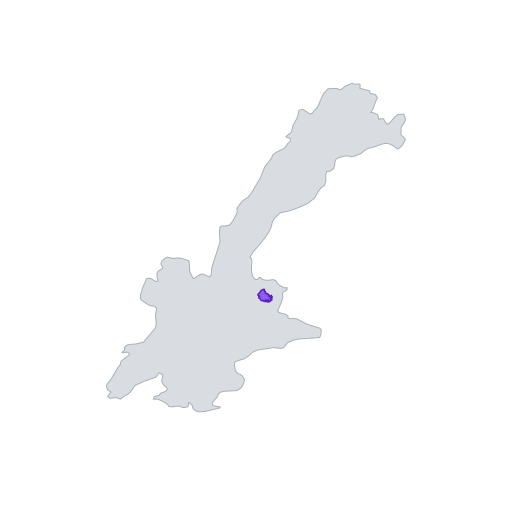 location of Thoulakhom, Vientiane, Laos, rotated 247°
{"feature_id": "54806243B19850954629179", "entity_name": "Thoulakhom", "entity_type": "district", "adm_level": 2, "iso_a3": "LAO", "parent_name": "Laos", "parent_adm1": "Vientiane", "projection": "equal_earth", "projection_center": [102.616, 18.346], "detail": "fine", "context": "in_parent", "style": "filled", "palette": "violet", "viewbox_px": 512, "rotation_deg": 247, "n_neighbors": 0, "source": "geoboundaries", "source_scale": "gbopen_adm2", "svg_char_len": 6497}
<svg xmlns="http://www.w3.org/2000/svg" viewBox="0 0 512 512"><g transform="rotate(247 256 256)"><path d="M196.9,69.7L198.8,73.9L207.3,85.2L208.8,88.3L211.9,90.7L214.5,100.7L215.6,101.3L217.0,100.6L218.1,99.2L219.0,95.3L219.6,94.9L220.5,98.1L222.9,99.1L224.0,100.5L224.3,102.9L223.9,105.4L221.9,111.2L220.7,118.8L229.1,135.4L232.6,137.7L241.0,140.4L246.6,144.0L249.2,143.1L251.7,139.0L254.8,136.7L260.4,133.2L262.0,133.0L265.1,134.4L270.2,138.5L277.9,146.3L277.7,148.3L276.3,150.3L272.2,153.4L270.9,155.4L271.7,156.1L275.1,156.6L279.2,158.3L280.4,160.4L281.1,165.0L281.8,165.8L285.6,165.3L286.8,166.0L288.1,167.4L289.5,171.3L289.5,174.1L285.8,179.2L285.3,182.2L283.4,185.8L278.3,191.9L276.9,192.2L267.4,188.9L259.9,189.4L259.3,190.6L260.5,194.3L260.9,197.9L259.8,200.7L255.4,204.3L255.3,205.8L256.2,207.5L262.5,210.7L282.7,228.2L291.9,231.5L296.0,233.7L297.0,235.0L297.0,236.5L295.9,238.5L295.1,241.9L295.0,243.9L296.0,245.9L297.6,248.9L303.3,255.6L307.5,257.2L311.9,264.8L313.2,271.5L315.4,275.8L325.9,290.2L334.8,299.1L340.1,308.7L342.6,310.9L343.4,314.3L344.2,324.5L347.3,329.5L347.9,331.6L349.2,333.1L350.7,333.4L353.8,330.1L354.4,330.5L355.8,335.9L357.1,337.8L361.8,341.1L366.8,347.6L369.4,349.9L372.8,351.8L373.3,353.8L372.7,355.9L371.6,357.2L365.9,361.0L365.2,362.6L369.0,370.8L378.7,381.1L381.7,387.2L381.1,390.2L378.5,396.1L376.5,397.7L376.0,399.6L377.5,404.5L377.4,412.0L375.6,413.8L373.9,418.4L372.8,418.8L369.8,417.1L363.7,425.0L361.1,424.6L358.0,429.0L354.1,429.6L351.3,426.3L345.4,421.0L343.3,417.7L341.5,420.6L338.4,423.3L334.1,422.3L332.9,426.3L332.1,427.0L326.8,427.7L325.8,428.3L326.7,432.0L329.8,438.1L330.8,441.6L328.9,447.4L323.4,447.2L321.0,444.9L317.9,440.0L310.9,436.8L306.2,439.0L304.8,438.9L301.3,434.8L299.9,432.1L299.1,428.2L304.5,425.0L307.1,422.5L308.9,419.9L309.6,417.2L310.4,405.8L311.2,401.8L310.7,396.8L309.3,393.0L309.3,387.1L310.0,382.5L312.0,380.1L313.4,376.7L314.2,369.1L313.6,367.2L311.6,365.3L308.2,363.6L306.1,361.3L305.2,358.7L305.3,356.3L306.3,354.3L303.7,352.0L297.6,349.5L294.2,346.5L293.5,343.0L291.0,338.4L286.6,332.8L284.2,324.6L284.0,314.0L284.4,305.4L286.3,295.4L283.7,288.1L280.9,284.3L277.0,281.5L273.3,277.5L269.8,272.3L265.6,264.6L260.6,254.4L257.3,249.8L255.6,250.9L252.1,249.9L246.7,247.0L242.0,245.4L237.9,245.1L235.3,245.8L234.1,247.4L234.0,248.9L235.0,250.4L234.5,251.6L232.4,252.5L230.7,254.1L228.8,257.9L227.5,262.8L225.5,264.7L222.4,265.1L219.4,266.5L216.4,268.9L215.0,270.7L215.1,271.9L214.5,272.2L213.0,271.5L212.3,269.9L212.4,267.3L210.9,265.6L207.8,264.7L204.2,262.0L197.4,254.9L195.9,254.6L193.7,256.5L190.8,260.4L188.4,262.0L186.5,261.2L185.0,262.6L184.0,266.2L182.1,269.0L173.0,276.6L164.7,286.5L162.7,287.3L157.7,284.6L156.1,282.7L163.0,262.6L164.0,257.7L163.8,251.2L161.0,245.9L160.9,244.3L161.3,242.7L164.8,236.4L168.9,220.4L168.7,215.5L166.9,210.0L166.0,204.8L166.8,197.8L166.5,195.0L164.6,193.6L158.4,192.2L154.8,193.4L153.1,195.3L151.0,196.5L147.0,197.2L143.4,194.8L140.3,190.7L139.6,185.8L143.5,175.1L144.4,171.0L144.3,169.1L143.7,167.0L142.8,166.8L140.8,164.3L138.9,159.8L137.1,157.8L135.3,158.2L133.7,159.9L131.1,164.0L130.3,163.5L132.7,148.8L134.9,142.5L137.4,139.6L140.1,138.4L142.9,138.9L145.3,138.3L147.2,136.8L147.1,136.0L144.8,135.7L143.9,134.1L144.4,130.9L145.4,128.9L147.0,128.0L148.5,124.8L150.0,119.5L151.7,116.8L153.8,116.7L157.4,114.4L162.4,109.9L164.4,105.5L166.3,107.5L165.5,112.6L166.5,113.7L167.0,115.5L166.7,118.3L167.1,120.7L167.9,121.9L169.0,122.5L174.4,120.4L177.6,120.2L183.0,124.0L186.1,121.2L186.2,120.2L183.6,116.7L184.4,103.8L184.1,94.1L179.7,86.9L178.8,84.0L178.4,79.3L177.1,75.3L180.3,72.0L182.0,66.1L184.2,64.6L184.9,64.8L187.6,69.3L191.0,67.1L193.6,67.1L195.8,68.3L196.9,69.7Z" fill="#d9dde1" stroke="#a8b0b8" stroke-width="1"/><path d="M212.7,244.1L212.6,244.4L212.5,244.5L212.3,244.8L212.1,245.0L211.8,245.2L211.7,245.2L211.7,245.3L211.4,245.4L211.4,245.5L211.3,245.8L211.2,246.0L210.6,246.4L210.7,246.6L210.6,246.8L210.4,247.3L210.3,247.5L210.5,247.6L210.9,247.2L211.0,247.2L211.4,247.2L211.4,247.3L211.5,247.5L211.5,247.8L211.5,248.1L211.4,248.3L211.3,248.5L211.2,248.6L210.9,248.8L210.7,248.9L210.5,249.0L210.3,249.0L210.1,248.9L210.0,249.0L209.9,249.1L209.9,249.3L210.0,249.4L210.3,249.4L210.4,249.5L210.5,249.6L210.6,249.9L210.5,250.1L210.5,250.3L210.4,250.3L210.3,250.2L210.2,250.1L210.2,249.9L209.9,249.7L209.9,249.8L209.8,249.7L209.7,249.7L209.6,249.4L209.6,249.2L209.6,248.9L209.5,248.6L209.6,248.4L209.5,248.5L209.4,248.5L209.3,248.4L209.2,248.4L209.1,248.5L209.1,248.4L209.1,248.7L209.0,249.0L209.0,249.3L208.9,249.6L208.9,249.8L208.9,250.2L208.9,250.3L208.8,250.6L208.7,250.6L208.7,250.9L208.8,250.9L208.9,251.0L208.9,251.5L209.0,251.8L209.1,252.1L209.2,252.4L209.3,252.4L209.3,252.5L209.4,252.8L209.4,253.0L209.5,253.0L209.6,253.3L209.6,253.5L209.8,253.7L210.0,253.7L210.1,253.4L210.1,253.2L210.2,253.3L210.2,253.2L210.3,253.3L210.4,253.5L210.5,253.6L210.8,253.5L210.9,253.4L211.0,253.2L211.0,252.9L211.1,252.7L211.3,252.8L211.4,253.0L211.5,253.0L211.8,253.1L211.8,253.3L212.0,253.4L212.1,253.5L211.8,253.7L211.7,253.8L211.7,254.0L211.8,254.2L211.9,254.4L211.8,254.6L211.9,254.8L212.0,255.0L212.4,254.9L212.6,254.6L212.8,254.5L213.1,254.7L213.4,254.6L213.5,254.6L213.4,254.4L213.3,254.2L213.5,254.2L213.6,253.9L213.7,253.7L213.6,253.4L213.5,253.5L213.5,253.4L213.5,253.2L213.6,253.3L213.6,253.2L213.7,252.9L213.8,252.8L213.7,252.8L213.8,252.8L213.7,252.7L213.8,252.7L214.0,252.6L214.0,252.4L214.1,252.2L214.3,252.0L214.5,252.1L214.8,252.1L215.0,252.3L215.3,252.3L215.5,252.4L215.8,252.3L215.9,252.2L216.0,252.1L216.3,251.9L216.5,251.9L216.8,251.9L216.9,251.7L217.0,251.7L217.3,251.5L217.3,251.4L217.3,251.2L217.2,251.0L217.3,250.8L217.5,250.6L217.8,250.4L217.9,250.1L218.0,250.1L218.2,250.3L218.4,250.4L218.7,250.4L218.8,250.4L219.3,250.7L219.5,250.7L220.0,250.2L220.3,250.1L220.6,250.2L220.8,250.2L221.0,250.3L221.1,250.5L221.5,250.5L221.8,250.6L222.0,250.5L222.3,250.4L222.4,250.1L222.3,249.8L222.2,249.8L222.2,249.7L222.4,249.2L222.4,248.1L222.3,247.5L222.3,247.3L222.1,247.0L222.0,246.8L221.5,246.1L221.3,245.8L221.1,245.4L221.0,245.2L220.7,244.8L220.5,244.2L220.2,243.5L219.9,243.0L219.9,242.8L219.4,242.7L219.2,242.7L218.9,242.5L218.7,242.6L218.6,242.8L218.4,242.8L218.4,243.0L218.1,243.3L218.0,243.5L217.9,243.5L217.7,243.5L217.4,243.6L217.2,243.4L217.1,243.1L217.1,242.8L216.8,242.7L216.6,242.4L216.4,242.2L214.9,243.1L214.6,243.1L214.0,243.2L213.6,243.2L213.3,243.3L213.0,243.4L212.8,243.7L212.7,244.1Z" fill="#8b5cf6" stroke="#5b21b6" stroke-width="1.5"/></g></svg>